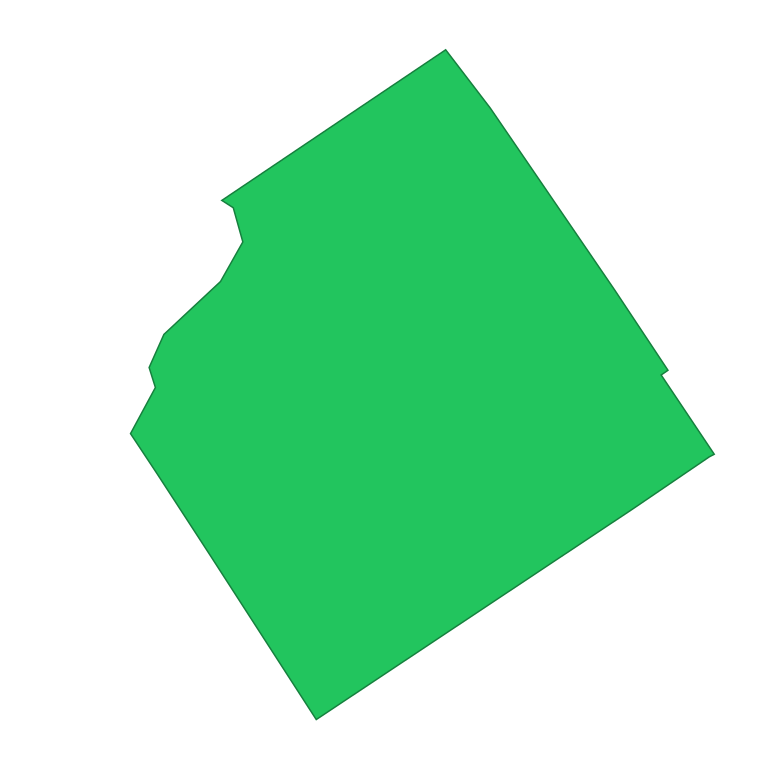 the district of Henry, Illinois, United States of America, rotated 326°
{"feature_id": "52423323B92749685082725", "entity_name": "Henry", "entity_type": "district", "adm_level": 2, "iso_a3": "USA", "parent_name": "United States of America", "parent_adm1": "Illinois", "projection": "orthographic", "projection_center": [-90.154, 41.367], "detail": "fine", "context": "isolated", "style": "filled", "palette": "green", "viewbox_px": 768, "rotation_deg": 326, "n_neighbors": 0, "source": "geoboundaries", "source_scale": "gbopen_adm2", "svg_char_len": 411}
<svg xmlns="http://www.w3.org/2000/svg" viewBox="0 0 768 768"><g transform="rotate(326 384 384)"><path d="M144.1,428.3L140.2,624.3L520.9,626.7L612.9,626.3L618.5,626.9L618.8,531.5L627.1,531.4L627.8,434.9L626.4,214.9L622.0,141.4L352.2,141.1L357.6,153.6L346.4,187.3L305.8,207.6L229.3,219.8L198.5,239.0L192.5,259.1L146.1,283.4L145.7,331.0L144.1,428.3Z" fill="#22c55e" stroke="#15803d" stroke-width="1.5"/></g></svg>